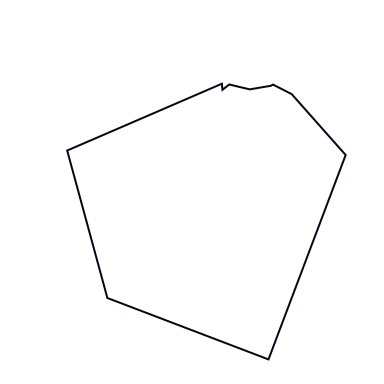 Kendall, Texas, United States of America (Robinson projection), rotated 201°
{"feature_id": "52423323B46155834246828", "entity_name": "Kendall", "entity_type": "district", "adm_level": 2, "iso_a3": "USA", "parent_name": "United States of America", "parent_adm1": "Texas", "projection": "robinson", "projection_center": [-98.722, 29.928], "detail": "fine", "context": "isolated", "style": "outline", "palette": "ink", "viewbox_px": 384, "rotation_deg": 201, "n_neighbors": 0, "source": "geoboundaries", "source_scale": "gbopen_adm2", "svg_char_len": 305}
<svg xmlns="http://www.w3.org/2000/svg" viewBox="0 0 384 384"><g transform="rotate(201 192 192)"><path d="M61.8,281.6L134.0,319.1L154.9,321.3L156.5,319.4L174.9,308.5L195.8,305.7L200.2,298.3L202.9,303.8L323.4,186.0L233.0,62.7L60.6,63.1L61.8,281.6Z" fill="none" stroke="#020617" stroke-width="2"/></g></svg>